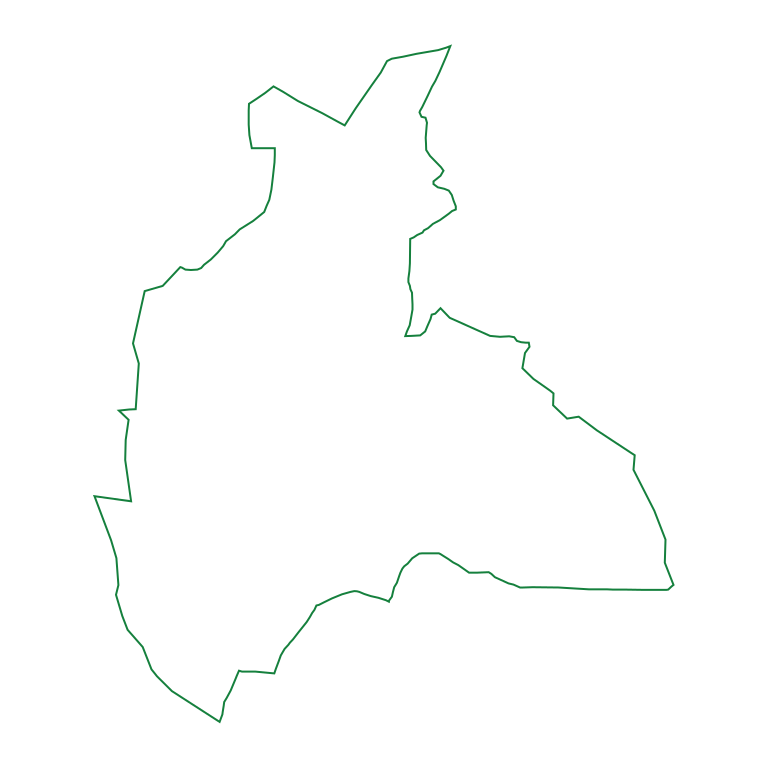 Al-Diwaniya, Al-Qādisiyyah, Iraq (Mercator projection)
{"feature_id": "34846034B69027693964314", "entity_name": "Al-Diwaniya", "entity_type": "district", "adm_level": 2, "iso_a3": "IRQ", "parent_name": "Iraq", "parent_adm1": "Al-Qādisiyyah", "projection": "mercator", "projection_center": [44.918, 32.02], "detail": "fine", "context": "isolated", "style": "outline", "palette": "green", "viewbox_px": 768, "rotation_deg": 0, "n_neighbors": 0, "source": "geoboundaries", "source_scale": "gbopen_adm2", "svg_char_len": 3107}
<svg xmlns="http://www.w3.org/2000/svg" viewBox="0 0 768 768"><path d="M450.3,46.1L446.1,47.7L438.2,50.1L416.6,53.8L403.1,56.7L391.8,58.7L387.0,61.1L380.8,72.5L371.8,85.1L355.7,108.3L344.7,125.4L337.8,121.7L322.3,113.2L297.9,101.0L283.4,92.0L273.5,86.4L265.2,92.9L256.3,99.0L251.9,101.9L249.0,103.8L248.7,110.3L248.7,116.0L248.7,124.6L249.4,135.1L251.8,148.2L256.3,148.2L263.1,148.2L268.3,148.2L274.8,148.2L274.8,155.1L274.5,162.4L272.8,177.8L271.4,189.6L269.3,199.8L266.6,205.9L264.2,212.0L253.2,220.9L239.7,229.4L234.9,234.3L226.0,241.2L223.2,246.1L217.7,252.6L210.8,259.5L204.0,264.8L201.2,268.0L197.4,269.6L190.9,270.0L185.4,269.6L181.9,267.6L180.3,267.1L178.8,268.7L162.7,285.9L144.7,291.1L133.0,343.4L138.8,363.5L135.7,409.2L129.1,409.5L118.9,410.6L128.6,419.8L125.7,439.9L125.2,460.0L131.1,501.3L94.5,496.2L111.1,540.3L116.4,558.1L118.4,585.1L116.0,594.8L122.3,616.0L127.6,629.8L142.7,647.0L151.5,669.4L155.2,674.0L157.0,676.3L171.9,691.1L219.6,721.9L222.4,714.4L222.7,712.0L223.7,705.8L224.2,702.0L226.7,697.9L230.7,690.5L235.5,679.0L236.7,676.0L239.0,670.7L242.0,671.6L243.2,671.6L245.7,671.6L250.0,671.6L251.5,671.6L255.3,671.6L274.3,673.4L275.8,669.0L278.8,661.0L280.8,655.4L284.6,648.9L288.4,644.8L289.9,642.7L292.9,639.5L298.4,632.4L306.7,622.0L309.9,617.0L312.2,612.9L314.4,609.9L316.4,605.5L318.9,604.9L324.0,602.3L332.0,598.4L342.0,594.3L350.5,591.9L354.3,591.1L357.0,591.3L359.3,591.9L364.3,594.0L370.8,596.1L378.4,597.8L385.9,600.2L388.9,601.7L389.1,600.5L391.9,596.7L392.9,592.2L394.2,587.2L396.9,582.8L399.2,576.0L400.4,572.7L402.4,568.6L404.2,566.3L407.7,563.6L412.2,558.3L419.2,553.6L422.5,553.3L424.5,553.3L427.7,553.3L432.3,553.3L438.8,553.3L440.5,554.1L443.3,555.9L448.1,558.9L453.1,562.4L458.3,565.1L463.3,568.6L469.1,572.7L471.9,572.7L476.1,572.7L488.7,572.2L491.4,573.9L494.9,577.2L508.5,583.4L513.5,584.6L520.0,587.5L523.3,587.5L532.5,587.2L558.6,587.5L588.4,589.3L606.2,589.3L613.0,589.6L625.3,589.6L645.1,589.9L652.4,589.9L655.9,589.9L666.2,589.9L668.2,589.6L671.4,586.6L673.5,584.9L664.8,562.7L665.5,539.6L654.3,510.7L633.5,469.8L634.7,455.2L630.5,452.5L596.8,430.3L578.7,416.7L567.1,418.6L553.1,405.3L553.5,393.4L550.2,390.7L533.4,378.9L522.4,368.2L525.0,353.0L529.5,346.8L528.8,342.7L526.1,342.7L521.1,342.2L516.9,340.9L514.2,337.2L509.2,336.3L500.0,336.8L490.1,335.9L475.8,329.5L449.7,317.8L440.5,308.2L435.2,313.7L431.7,314.6L430.5,319.1L427.5,325.9L425.2,331.4L420.2,335.4L411.4,335.9L405.3,336.1L406.9,331.5L409.7,325.3L411.2,317.0L412.5,309.6L412.5,304.3L412.2,298.0L412.0,292.7L410.4,289.2L409.9,285.9L408.4,282.1L408.4,278.5L409.4,271.1L409.9,263.4L410.2,238.9L413.7,237.4L417.2,235.0L422.5,232.6L424.0,230.3L428.0,228.2L433.0,223.8L439.8,220.2L448.8,213.7L452.1,211.0L455.8,209.5L455.8,206.3L453.6,200.7L451.8,195.0L448.8,190.6L444.3,188.8L437.8,187.3L433.5,184.1L433.5,181.4L440.5,175.8L443.5,170.7L441.0,167.2L430.0,155.9L426.2,150.0L426.0,143.5L425.7,137.9L426.7,125.1L427.0,122.8L425.5,117.7L421.5,116.8L419.5,112.4L420.0,110.9L422.2,107.1L427.7,95.8L432.0,86.6L435.3,81.0L439.5,72.1L446.5,55.8L450.3,46.1Z" fill="none" stroke="#15803d" stroke-width="2"/></svg>